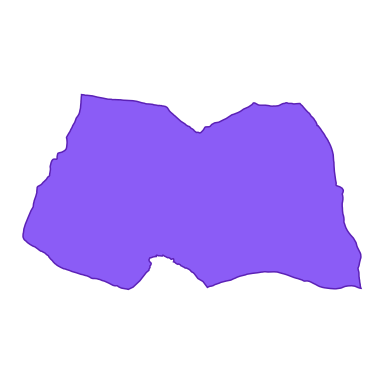 Mogolo, Gash Barka, Eritrea
{"feature_id": "51966322B23811751067849", "entity_name": "Mogolo", "entity_type": "district", "adm_level": 2, "iso_a3": "ERI", "parent_name": "Eritrea", "parent_adm1": "Gash Barka", "projection": "mercator", "projection_center": [37.74, 15.325], "detail": "fine", "context": "isolated", "style": "filled", "palette": "violet", "viewbox_px": 384, "rotation_deg": 0, "n_neighbors": 0, "source": "geoboundaries", "source_scale": "gbopen_adm2", "svg_char_len": 5970}
<svg xmlns="http://www.w3.org/2000/svg" viewBox="0 0 384 384"><path d="M253.1,103.2L252.8,103.7L252.0,104.6L248.4,107.0L243.6,109.1L240.5,111.3L238.2,112.5L233.9,114.2L231.9,114.8L226.1,118.6L223.3,119.9L219.0,122.1L218.3,122.3L215.0,122.8L214.4,123.0L211.7,124.5L210.2,126.3L209.9,126.5L208.7,126.8L205.9,126.9L205.2,127.1L204.8,127.5L203.5,129.7L202.7,130.7L200.8,132.6L199.8,132.9L199.2,132.8L198.5,132.4L197.0,132.3L196.5,132.5L195.9,132.1L194.1,130.7L193.8,130.1L192.6,129.1L191.0,128.2L189.9,127.0L189.4,126.6L188.7,126.3L187.9,126.2L185.7,124.7L185.1,124.0L180.9,121.3L179.1,119.7L174.8,115.8L173.6,114.9L173.3,114.5L170.5,112.1L169.4,110.9L167.8,108.4L167.2,107.6L166.5,107.1L165.4,106.5L163.6,106.1L162.0,105.9L161.3,105.6L160.0,105.6L159.0,105.4L158.5,105.6L156.1,105.1L153.7,104.8L152.8,104.4L149.1,104.0L146.7,103.9L145.6,103.7L144.6,103.3L141.9,102.8L137.0,101.4L135.9,101.2L132.7,100.7L125.2,100.3L123.1,100.2L120.4,99.8L119.3,99.8L114.8,99.6L112.3,99.6L111.3,99.3L108.0,99.2L103.3,98.2L97.3,97.1L92.5,95.9L87.2,95.3L85.3,95.3L84.1,94.9L81.5,94.6L81.5,95.7L81.3,96.9L81.2,98.9L81.0,101.2L81.0,102.4L80.9,103.5L80.7,105.3L80.5,108.1L80.1,109.7L79.5,112.6L78.9,114.2L78.1,115.6L76.2,118.2L75.3,120.8L74.7,122.4L72.7,125.7L72.4,126.6L71.7,128.1L70.9,129.4L70.0,131.5L68.8,133.3L66.6,137.2L66.5,137.9L66.8,138.6L67.0,140.8L67.1,142.4L67.0,144.0L66.9,144.7L66.8,146.0L66.5,147.9L66.1,149.0L65.8,149.4L64.8,150.5L63.6,151.2L62.2,152.0L61.0,152.4L59.5,152.7L58.1,153.2L57.7,153.8L57.3,155.6L57.1,156.5L57.1,158.7L56.9,158.9L56.6,159.2L54.3,159.1L53.6,159.2L53.1,159.4L52.7,159.7L51.9,160.7L51.2,162.3L50.2,166.3L50.2,167.1L50.4,168.3L50.4,169.8L50.0,172.4L49.6,174.3L49.7,174.9L49.6,175.5L49.2,176.1L47.9,177.0L47.1,178.1L46.7,178.9L45.7,180.0L45.1,180.5L44.4,181.3L43.3,182.2L41.8,184.0L40.9,184.8L38.5,186.1L37.8,186.5L37.2,187.3L36.8,191.5L36.9,192.2L36.8,192.7L35.9,196.0L34.2,200.8L34.0,201.9L33.5,203.8L33.3,205.9L33.2,206.8L32.8,207.6L31.6,209.6L30.9,210.9L27.9,218.0L25.4,224.1L23.9,229.0L23.5,232.4L23.1,234.1L23.1,234.7L23.0,236.3L23.2,237.5L23.9,239.1L24.6,240.0L25.8,240.9L27.0,242.1L28.4,243.3L29.4,243.9L30.0,244.4L32.9,246.1L35.0,246.9L37.9,249.0L38.7,249.7L40.7,251.1L42.1,251.4L43.1,252.1L44.2,252.6L44.8,252.9L46.5,254.5L47.4,255.2L47.7,255.2L48.2,255.7L48.6,256.2L48.9,256.9L50.6,259.0L52.4,260.7L53.1,261.7L54.9,263.6L55.6,264.0L56.7,265.0L58.4,266.1L59.4,266.6L60.6,267.3L63.6,268.7L64.1,268.8L65.3,269.0L66.8,269.6L69.4,270.4L72.0,271.5L76.5,272.8L80.9,274.3L82.9,274.7L85.0,275.4L87.2,275.9L89.6,277.0L91.1,278.0L92.3,278.4L93.0,278.5L94.6,278.5L96.8,278.7L98.4,279.2L100.1,279.6L102.1,280.5L104.4,281.1L108.6,283.0L112.2,284.9L113.2,285.4L114.1,285.6L115.0,285.8L117.1,285.7L117.6,286.0L118.8,286.9L121.2,288.0L122.0,288.2L124.8,288.7L126.9,289.0L128.3,289.4L133.1,287.1L139.9,280.7L146.3,272.5L148.9,270.3L148.9,269.5L150.0,267.4L149.9,266.1L150.7,265.1L151.2,263.8L150.9,262.8L149.7,261.7L149.1,260.7L149.0,259.5L149.6,258.6L149.9,257.8L150.4,257.8L151.5,257.6L152.8,257.0L155.4,256.5L155.8,256.6L156.3,256.5L156.3,255.5L156.8,255.2L158.6,255.8L160.2,255.8L161.5,256.0L162.4,256.0L162.9,255.2L163.3,255.3L164.8,256.3L165.4,256.5L167.6,257.7L168.4,257.6L169.4,257.9L170.5,258.6L171.1,259.3L171.9,259.2L172.6,258.8L173.2,258.7L173.7,259.2L173.9,261.3L173.5,261.8L175.0,262.4L175.5,263.0L176.7,263.8L177.9,264.3L178.1,264.1L178.6,264.0L180.2,264.7L180.9,265.7L182.3,266.3L183.2,266.9L184.1,267.2L184.9,267.9L185.7,268.1L186.4,268.0L189.1,269.4L189.9,270.0L190.6,270.6L191.1,271.4L192.0,272.1L193.2,272.6L194.3,273.7L197.9,278.5L203.0,281.5L207.4,287.4L209.0,286.6L209.9,286.3L211.4,286.1L212.8,285.7L213.6,285.4L214.3,284.9L214.9,284.6L216.4,284.1L219.6,283.0L220.8,282.4L222.7,281.9L226.2,281.0L230.8,280.1L233.7,278.7L235.1,278.2L237.1,277.2L239.9,276.2L245.6,274.8L247.0,274.2L252.7,273.3L257.9,272.7L261.4,272.1L262.8,272.0L263.7,271.8L265.0,271.7L268.0,272.0L274.0,271.8L277.2,272.0L281.3,273.2L284.4,274.0L287.2,274.9L293.7,277.4L296.3,278.2L297.6,278.5L302.1,280.0L303.7,280.9L304.6,281.1L307.1,280.9L309.2,281.3L310.8,282.0L313.9,283.6L315.4,284.3L317.7,285.6L319.6,286.5L322.6,287.4L324.7,287.8L330.2,288.5L334.5,288.8L335.9,288.8L340.7,288.1L341.7,287.8L343.5,287.0L345.1,286.4L348.1,285.9L351.6,285.7L354.9,286.2L358.2,287.6L360.2,288.2L361.0,288.3L360.6,287.3L360.3,286.0L360.2,284.6L359.7,281.9L359.6,280.5L359.2,278.2L359.2,277.5L359.0,276.6L358.9,272.6L358.6,271.1L358.3,270.2L358.0,268.4L358.1,267.8L358.6,266.7L359.0,265.5L359.6,262.3L360.4,259.1L360.8,257.9L360.9,256.8L360.7,254.3L360.3,253.1L357.4,247.3L356.8,245.7L356.2,243.2L355.9,242.4L353.4,238.1L350.5,234.9L348.7,232.6L347.3,230.5L345.8,227.6L345.0,225.3L344.6,224.0L344.0,222.5L343.9,221.8L344.0,219.9L343.9,218.4L343.8,217.4L343.4,215.5L342.9,214.1L342.5,210.7L342.4,207.9L342.2,206.2L342.2,203.4L342.6,201.5L342.9,199.4L342.9,197.4L342.6,195.4L342.3,194.3L342.3,193.8L343.0,192.3L343.2,191.4L343.3,190.2L342.2,188.3L340.0,186.9L339.3,186.6L337.7,186.1L336.3,185.5L336.0,184.8L336.1,184.3L336.2,183.1L335.6,180.1L334.4,171.4L334.0,165.7L333.9,162.4L333.6,160.7L333.2,154.8L332.5,151.6L331.6,148.6L330.5,145.7L329.0,142.5L328.6,142.0L328.2,140.9L326.8,138.5L325.5,136.7L324.7,135.1L324.1,134.1L322.6,132.0L322.0,131.2L320.4,128.7L318.2,125.9L318.0,125.7L317.4,125.7L317.0,125.5L317.0,124.5L315.8,121.8L314.5,120.0L314.4,119.7L313.7,118.6L312.2,117.0L311.4,116.5L309.6,113.7L309.2,113.2L307.9,112.2L306.1,110.3L303.5,107.3L302.3,105.8L301.0,104.7L300.3,104.0L300.1,103.6L299.5,103.5L296.4,103.7L294.8,103.9L293.7,103.9L293.1,103.9L292.6,103.6L291.1,103.4L289.9,103.4L288.3,103.4L287.7,103.1L286.8,102.8L286.3,102.8L285.7,102.9L284.6,103.4L283.3,103.5L282.2,103.9L279.0,105.5L277.9,105.8L275.1,106.1L273.6,106.0L272.6,106.2L271.7,106.1L271.0,106.2L270.0,105.9L268.7,105.6L265.3,105.2L260.3,105.2L259.1,105.1L258.0,104.8L257.5,104.4L256.8,104.1L255.6,103.4L254.7,103.0L253.8,102.9L253.2,103.1L253.1,103.2Z" fill="#8b5cf6" stroke="#5b21b6" stroke-width="1.5"/></svg>